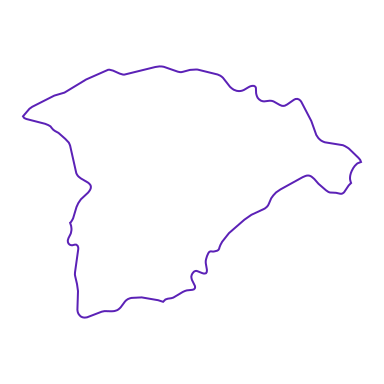 Ha'il, Natural Earth projection
{"feature_id": "SAU-847", "entity_name": "Ha'il", "entity_type": "Region", "adm_level": 1, "iso_a3": "SAU", "parent_name": "Saudi Arabia", "parent_adm1": "", "projection": "natural_earth1", "projection_center": [41.874, 27.094], "detail": "fine", "context": "isolated", "style": "outline", "palette": "violet", "viewbox_px": 384, "rotation_deg": 0, "n_neighbors": 0, "source": "natural_earth", "source_scale": "10m", "svg_char_len": 3087}
<svg xmlns="http://www.w3.org/2000/svg" viewBox="0 0 384 384"><path d="M341.3,193.8L340.0,193.7L336.0,192.8L330.0,192.5L328.5,192.0L326.0,190.3L318.5,183.8L314.3,179.0L312.1,177.1L310.8,176.2L309.5,175.7L308.2,175.5L306.8,175.6L305.4,176.0L302.6,177.2L280.5,189.4L276.1,192.4L273.3,195.4L271.2,198.3L268.8,203.9L268.0,205.5L266.7,207.0L264.7,208.6L251.4,214.8L244.4,219.7L229.0,233.1L222.2,241.7L220.5,244.8L219.5,247.3L219.1,248.8L218.3,250.0L217.2,250.7L214.4,251.4L213.0,251.6L211.6,251.4L210.3,251.4L209.2,252.0L208.3,253.2L207.0,256.1L206.1,259.1L205.8,260.5L205.7,262.0L205.8,263.4L206.8,269.1L206.9,269.7L206.9,270.8L206.7,272.1L206.0,273.2L204.9,273.5L203.6,273.5L202.2,273.1L197.5,271.2L196.5,270.9L195.3,271.0L193.9,271.7L192.4,273.5L191.7,275.0L191.3,276.7L191.5,278.2L191.9,279.8L194.6,285.3L195.0,286.2L195.1,287.3L194.8,288.4L193.8,289.4L192.4,289.8L186.8,290.4L184.9,291.0L182.7,292.0L173.3,297.6L171.3,298.2L167.8,298.7L165.4,299.5L163.1,301.8L158.1,300.2L141.7,297.4L131.6,297.9L129.9,298.3L127.9,299.1L126.3,300.2L125.0,301.5L120.7,307.3L119.5,308.5L118.4,309.4L117.3,310.1L116.5,310.4L115.3,310.8L114.1,311.1L111.6,311.3L104.6,311.1L101.7,311.7L87.1,317.3L85.7,317.5L84.4,317.6L83.0,317.4L81.8,317.0L80.7,316.4L80.1,315.8L79.1,314.7L78.3,313.5L77.7,311.8L77.4,309.8L78.0,291.1L77.0,284.0L75.2,276.3L74.9,274.6L75.0,272.4L78.3,248.8L78.2,247.3L77.6,245.8L76.3,244.7L75.0,244.6L72.1,245.3L70.8,245.1L69.6,244.6L68.5,243.5L67.9,242.0L67.8,240.3L68.5,238.1L70.6,233.9L70.9,233.1L71.4,230.5L71.5,229.0L71.3,227.2L71.1,225.8L70.1,222.8L70.9,222.1L71.9,220.6L73.1,218.4L76.5,207.0L78.3,203.1L80.9,199.3L88.1,192.6L89.2,191.2L90.1,189.8L90.7,188.4L90.9,186.9L90.6,185.4L89.4,183.8L88.0,182.6L81.0,178.5L78.8,176.8L77.9,175.9L77.0,174.6L76.3,173.2L70.1,145.6L69.5,144.1L68.8,142.6L65.3,138.9L58.5,132.9L55.0,131.0L53.2,129.7L52.0,128.3L51.7,128.0L50.5,126.4L48.3,125.1L45.1,123.8L26.4,119.0L25.0,118.4L24.0,117.8L23.0,116.3L29.4,108.8L30.8,107.8L32.2,106.8L54.3,95.6L64.5,92.6L86.1,79.5L108.1,69.8L109.4,69.7L113.0,70.6L119.7,73.6L123.1,74.6L124.4,74.6L155.3,67.0L159.5,66.4L161.9,66.5L163.8,66.8L177.9,71.7L179.9,72.1L181.5,72.1L182.9,71.8L190.0,69.9L196.3,69.5L197.7,69.6L217.6,74.5L220.3,75.7L221.6,76.6L222.9,77.7L230.0,86.8L231.7,88.3L233.7,89.7L236.6,90.8L238.7,91.1L240.6,91.0L242.3,90.6L244.0,89.9L248.7,87.1L250.3,86.3L252.0,85.9L254.0,85.9L255.2,86.6L255.7,87.3L255.9,87.9L256.1,93.1L256.3,94.1L256.7,95.6L257.6,97.7L259.0,99.3L261.0,100.7L262.6,101.2L264.1,101.4L269.9,100.7L271.9,100.9L273.5,101.4L279.7,104.9L281.9,105.8L283.5,105.9L284.8,105.7L287.1,104.5L293.9,99.8L295.5,99.0L297.5,98.9L299.0,99.5L300.4,100.6L301.4,102.0L311.3,121.0L316.3,135.0L318.3,138.0L319.7,139.4L321.3,140.7L323.3,141.7L324.9,142.3L342.9,145.2L344.9,146.1L347.6,147.7L348.9,148.6L358.6,158.0L360.2,159.9L361.0,162.0L357.6,163.3L357.4,163.4L356.7,164.0L354.8,165.9L353.3,168.0L351.8,170.8L350.9,173.0L350.3,175.2L350.1,176.6L350.0,178.1L350.1,179.6L350.7,182.0L351.1,183.0L348.7,185.4L344.2,192.1L343.5,192.8L342.4,193.5L341.3,193.8Z" fill="none" stroke="#5b21b6" stroke-width="2"/></svg>